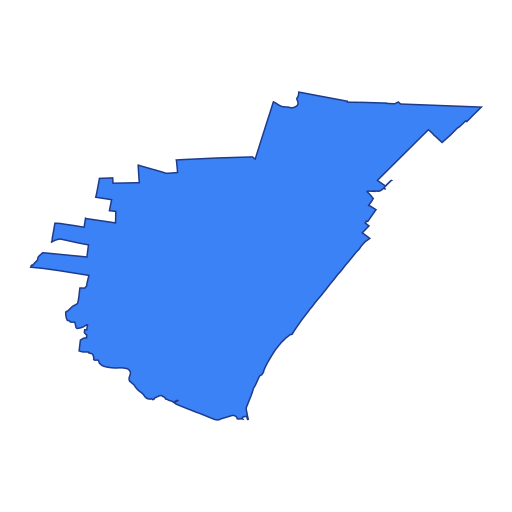 Corbu, Constanta, Romania (Robinson projection)
{"feature_id": "2599482B13126343375906", "entity_name": "Corbu", "entity_type": "district", "adm_level": 2, "iso_a3": "ROU", "parent_name": "Romania", "parent_adm1": "Constanta", "projection": "robinson", "projection_center": [28.674, 44.419], "detail": "fine", "context": "isolated", "style": "filled", "palette": "blue", "viewbox_px": 512, "rotation_deg": 0, "n_neighbors": 0, "source": "geoboundaries", "source_scale": "gbopen_adm2", "svg_char_len": 5904}
<svg xmlns="http://www.w3.org/2000/svg" viewBox="0 0 512 512"><path d="M59.6,223.4L54.9,223.2L53.5,231.4L52.3,237.8L52.1,240.7L51.5,242.0L51.3,242.6L51.8,242.1L52.6,241.4L55.4,240.2L57.8,239.4L59.4,239.1L60.1,239.1L60.8,239.1L78.1,242.9L88.5,244.9L88.2,247.0L87.5,252.2L87.0,256.8L86.9,257.0L86.7,257.0L53.3,253.7L42.9,252.7L42.6,252.8L38.5,256.5L37.8,258.3L37.5,260.0L36.3,261.3L36.1,261.5L34.3,263.3L33.8,264.0L33.0,264.6L32.8,265.3L31.6,265.2L31.2,265.8L30.7,267.2L43.0,268.4L59.5,270.7L88.9,275.4L87.3,281.9L87.0,283.3L86.6,285.9L84.8,288.1L79.9,288.0L79.8,288.5L78.8,297.3L78.3,300.3L77.6,303.3L77.3,303.7L72.5,306.4L70.8,308.0L67.7,311.0L67.4,311.2L66.3,311.5L66.1,311.7L65.8,311.9L65.7,312.2L65.8,314.9L66.4,318.3L67.4,320.5L68.7,320.6L69.4,320.9L70.2,321.5L70.4,322.1L74.8,322.2L76.1,327.6L76.6,328.2L77.6,328.5L80.8,327.8L83.0,327.0L86.8,324.8L87.5,324.8L86.7,329.9L84.7,329.7L84.3,332.6L86.1,334.6L86.7,334.8L86.6,337.8L83.5,338.2L80.4,340.1L79.1,350.9L82.0,351.8L82.9,351.9L84.8,352.0L87.6,352.0L88.6,352.1L88.6,352.8L89.0,352.9L89.5,353.1L90.0,353.1L90.4,353.3L90.5,353.4L91.1,353.5L91.9,353.7L92.0,353.8L92.4,354.2L92.6,354.3L92.9,354.9L93.7,357.1L93.9,358.3L93.6,359.0L93.6,359.3L93.9,359.7L94.5,360.1L95.2,360.2L95.6,360.2L96.1,360.1L98.0,360.1L98.6,361.0L99.1,362.2L99.5,363.5L100.1,363.5L100.8,364.5L101.6,365.2L102.7,365.8L103.6,366.2L106.4,367.0L111.0,367.7L114.8,368.0L116.2,368.0L119.8,367.8L120.4,367.8L120.6,367.9L121.0,367.8L122.9,367.9L125.9,368.4L127.0,368.6L127.5,368.9L128.2,369.3L128.7,369.7L129.2,370.1L129.6,370.7L130.0,371.2L130.3,371.8L130.4,372.5L130.4,373.0L130.4,373.7L130.2,374.4L129.7,376.0L129.1,377.8L129.1,378.7L129.1,379.7L129.7,381.4L130.4,381.5L130.8,382.1L131.3,382.6L133.9,384.8L134.5,385.5L135.6,387.3L137.0,388.9L137.7,389.8L138.5,390.5L142.4,393.5L143.0,394.1L145.2,397.0L145.9,397.7L146.5,398.2L147.5,398.7L148.3,398.9L150.0,399.1L151.1,399.0L151.7,398.8L152.9,399.7L153.7,399.3L154.0,399.2L154.8,397.9L155.4,397.7L155.5,397.6L156.6,397.1L157.3,396.7L157.8,396.6L158.6,396.1L159.4,395.8L160.2,395.6L161.5,395.6L161.9,395.7L162.2,395.9L162.7,396.6L162.4,397.0L162.9,396.5L163.3,396.8L164.0,396.8L164.5,397.3L165.4,398.5L165.7,399.1L167.1,399.3L167.8,399.8L169.0,400.4L170.6,400.9L171.7,401.0L173.5,402.3L175.9,400.9L176.8,400.5L177.6,400.3L177.9,400.6L177.1,401.0L174.3,402.8L176.1,404.1L179.9,405.7L188.3,409.1L197.0,412.5L198.4,412.9L214.4,419.4L214.8,419.5L215.2,419.6L216.4,419.8L217.1,419.9L217.6,419.9L218.8,419.8L219.8,419.4L221.2,418.8L230.2,416.1L231.9,415.5L232.7,415.4L233.8,415.5L234.6,415.7L235.4,416.1L236.1,416.6L236.6,417.2L237.1,418.0L237.2,418.8L238.5,419.0L239.8,418.9L240.4,418.9L241.4,418.8L241.6,418.8L242.8,419.1L242.6,418.8L242.0,418.5L242.0,418.2L242.1,417.9L242.4,417.5L242.8,417.2L243.9,416.8L244.7,416.5L245.3,416.5L245.6,416.5L246.0,416.3L246.4,416.3L246.8,416.9L246.9,417.3L247.1,417.7L247.2,418.1L247.2,418.4L247.2,418.9L247.5,419.3L247.8,419.5L248.1,419.4L248.3,419.2L247.7,417.0L247.1,414.0L247.1,413.3L246.9,413.0L246.2,408.9L246.3,407.6L250.8,396.4L252.5,391.8L253.3,388.7L254.6,386.5L255.6,384.7L259.1,376.9L259.6,376.1L260.1,375.5L260.7,375.2L261.8,374.8L262.9,373.1L263.6,371.9L263.7,371.0L264.1,369.7L265.0,367.8L265.8,366.0L267.8,362.2L271.7,355.6L274.0,352.0L275.6,349.5L277.8,346.8L278.6,345.7L281.5,342.3L283.6,340.3L285.0,338.9L285.9,337.9L286.6,337.5L289.7,335.0L290.3,334.7L290.6,334.5L291.6,334.4L292.0,334.3L292.3,334.1L292.8,333.2L293.7,331.6L294.8,329.9L297.9,325.4L299.5,323.1L301.4,320.4L302.9,318.4L305.0,315.7L305.9,314.5L307.2,312.9L308.9,310.6L310.2,308.8L311.5,307.4L313.0,305.5L315.3,302.4L315.6,302.1L317.5,299.7L319.5,297.4L321.8,294.7L323.4,292.6L325.0,290.7L330.3,283.8L333.6,279.9L338.0,274.2L340.2,271.9L341.7,270.0L342.3,269.3L345.4,265.2L348.9,261.2L356.1,252.3L359.3,249.0L361.2,246.1L363.3,243.7L365.1,241.8L369.8,238.4L367.3,236.5L362.3,232.8L369.0,225.9L366.7,224.3L366.4,223.7L365.6,223.4L365.1,222.9L365.4,222.5L365.9,222.0L366.2,221.0L367.7,221.5L376.0,209.7L369.0,205.3L368.8,205.6L368.6,205.5L369.9,203.6L370.8,202.5L372.1,200.5L372.2,200.2L372.3,199.8L373.3,198.5L372.1,197.2L371.7,196.6L371.3,196.0L371.0,195.8L370.4,195.0L367.3,191.8L367.0,191.7L366.5,191.7L367.6,191.2L369.0,191.1L371.0,191.2L373.3,191.3L373.0,191.1L374.7,191.0L376.5,191.1L378.3,191.1L378.4,191.3L378.5,191.3L378.8,191.1L379.2,191.1L380.0,190.9L381.2,190.2L382.4,189.4L383.6,188.3L383.7,188.2L384.9,189.0L385.1,189.0L385.1,188.9L385.0,188.7L383.8,188.0L385.2,186.5L389.8,181.9L391.1,180.6L391.4,180.5L391.2,180.4L389.6,181.8L385.4,186.0L377.4,180.4L428.4,129.7L432.8,133.7L433.1,134.1L433.4,134.6L434.0,135.2L434.4,135.6L435.2,136.1L436.1,136.9L438.0,138.7L440.1,140.7L442.1,142.5L450.4,135.1L457.4,128.0L459.4,126.8L465.8,120.8L466.8,121.6L474.2,114.1L477.9,110.5L479.9,108.5L481.3,107.1L400.5,104.0L398.4,102.0L394.6,103.8L386.1,103.4L386.2,103.1L363.8,102.4L347.4,102.2L347.5,101.5L347.4,101.2L312.6,94.7L301.2,92.5L298.7,92.1L298.7,93.2L298.6,94.4L298.3,95.6L297.6,97.2L296.8,98.3L296.9,99.4L297.9,101.8L298.1,103.5L297.6,105.0L296.7,105.9L295.7,106.6L294.2,107.3L293.5,107.5L291.7,107.9L288.2,107.1L286.0,107.0L284.6,106.8L283.9,106.8L282.5,106.7L279.8,105.6L278.5,104.8L277.6,104.4L276.9,103.7L275.4,102.9L274.7,102.5L273.5,101.8L273.4,101.8L273.0,103.0L271.5,107.8L269.7,113.5L267.8,119.3L256.5,154.9L255.9,156.9L255.2,159.1L252.4,156.9L216.5,158.0L191.5,159.2L188.8,159.3L180.6,159.7L176.3,160.0L176.4,160.4L176.6,162.0L177.6,172.5L170.5,173.1L166.3,173.3L164.3,172.7L160.5,171.5L158.3,170.9L155.0,169.9L153.3,169.5L140.3,165.8L139.1,165.3L138.2,165.1L138.1,166.0L138.2,166.4L138.9,177.1L138.9,177.9L139.3,182.7L113.0,183.2L112.7,177.9L99.4,178.4L99.1,180.4L96.6,193.6L96.0,196.0L95.7,197.2L111.6,199.7L109.4,210.7L115.8,211.4L115.7,217.6L115.5,222.9L100.7,220.7L89.1,219.0L85.6,218.5L85.5,218.4L84.1,227.2L73.7,225.5L66.8,224.5L59.6,223.4Z" fill="#3b82f6" stroke="#1e3a8a" stroke-width="1.5"/></svg>